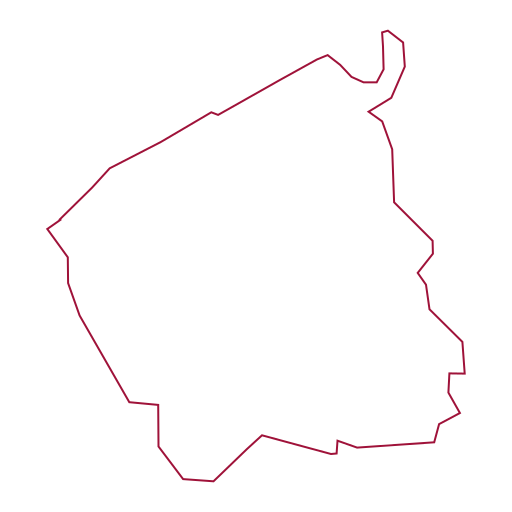 SVG path tracing the border of Craigavon
{"feature_id": "GBR-2088", "entity_name": "Craigavon", "entity_type": "District", "adm_level": 1, "iso_a3": "GBR", "parent_name": "United Kingdom", "parent_adm1": "", "projection": "mercator", "projection_center": [-6.356, 54.494], "detail": "fine", "context": "isolated", "style": "outline", "palette": "rose", "viewbox_px": 512, "rotation_deg": 0, "n_neighbors": 0, "source": "natural_earth", "source_scale": "10m", "svg_char_len": 742}
<svg xmlns="http://www.w3.org/2000/svg" viewBox="0 0 512 512"><path d="M213.5,481.3L183.1,479.1L158.5,446.5L158.2,404.9L129.3,402.2L79.6,315.5L68.1,283.1L67.8,257.3L47.3,229.0L60.3,219.9L59.8,219.4L92.1,187.6L109.7,168.3L160.8,142.0L211.3,112.3L218.1,114.9L279.7,80.1L316.9,59.5L327.6,55.1L340.2,64.9L351.5,76.9L363.5,82.3L376.7,82.3L383.6,69.3L383.0,46.4L382.1,32.4L387.9,30.7L403.1,42.5L404.8,66.6L391.3,97.8L368.6,111.7L382.2,121.4L392.2,149.3L394.1,202.3L432.6,240.8L432.9,253.7L417.7,272.9L426.0,284.7L429.5,309.3L462.4,341.9L464.7,373.6L449.4,373.4L448.4,392.6L459.9,413.0L439.1,424.1L434.2,442.3L357.1,447.6L337.5,440.7L336.6,453.5L331.0,454.0L262.0,435.3L246.8,449.2L213.5,481.3Z" fill="none" stroke="#9f1239" stroke-width="2"/></svg>